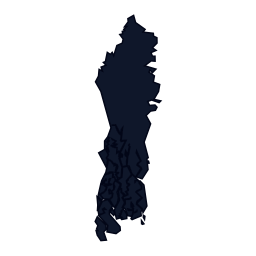 Bagerhat, Khulna, Bangladesh (Natural Earth projection)
{"feature_id": "16705992B77600989823530", "entity_name": "Bagerhat", "entity_type": "district", "adm_level": 2, "iso_a3": "BGD", "parent_name": "Bangladesh", "parent_adm1": "Khulna", "projection": "natural_earth1", "projection_center": [89.774, 22.348], "detail": "fine", "context": "isolated", "style": "filled", "palette": "ink", "viewbox_px": 256, "rotation_deg": 0, "n_neighbors": 0, "source": "geoboundaries", "source_scale": "gbopen_adm2", "svg_char_len": 6064}
<svg xmlns="http://www.w3.org/2000/svg" viewBox="0 0 256 256"><path d="M135.6,22.6L133.6,15.4L127.9,18.6L128.2,21.8L124.5,26.8L126.7,26.6L123.7,29.4L124.8,30.7L122.3,31.4L122.7,33.9L119.8,34.5L123.2,39.1L122.2,43.2L116.9,45.5L113.7,55.8L112.2,52.4L110.3,54.4L107.3,52.4L105.4,61.6L103.4,62.4L106.0,65.2L101.1,67.1L102.5,71.1L99.1,69.4L98.5,76.1L95.5,81.8L100.9,91.4L111.0,127.9L107.8,136.6L109.4,137.7L107.8,140.2L109.0,140.4L109.3,140.9L108.2,142.3L107.0,142.1L108.7,144.3L106.4,146.0L107.9,147.1L108.9,151.6L108.7,152.0L108.1,151.8L106.0,149.2L108.5,154.8L106.6,158.2L111.8,161.2L112.5,162.1L113.0,163.5L114.8,163.5L114.3,165.3L116.1,164.2L117.2,164.8L117.8,166.4L117.4,168.5L115.4,172.3L118.1,172.5L117.8,173.7L115.9,174.4L118.3,178.1L121.2,177.3L121.9,167.0L119.0,158.3L119.9,156.1L121.9,156.6L122.0,154.6L118.9,155.8L119.3,152.0L118.6,151.4L117.2,153.0L116.7,153.2L116.9,147.7L114.2,147.4L112.2,146.6L111.1,145.8L111.4,145.3L115.3,145.4L116.8,144.3L113.4,143.7L113.3,143.3L113.4,143.1L115.4,141.7L114.9,140.6L112.4,139.7L112.0,138.9L116.0,141.0L115.2,142.2L113.4,143.5L116.6,144.1L116.9,144.3L116.6,144.9L115.1,145.6L111.2,145.7L117.1,147.6L116.7,153.0L118.5,151.2L119.7,151.9L125.7,140.7L121.1,141.5L120.5,140.5L121.3,135.6L119.3,133.8L117.1,130.2L115.5,125.3L111.5,125.2L115.6,124.8L120.7,134.5L121.4,129.3L122.6,127.7L121.1,140.5L126.2,140.3L119.3,155.0L121.6,153.8L122.6,154.8L122.2,157.0L119.6,157.5L122.4,166.7L126.7,165.8L126.5,161.2L127.2,156.9L125.4,155.7L125.0,154.3L125.6,150.7L128.1,154.5L128.8,148.5L129.8,146.7L128.6,145.4L128.6,145.0L129.8,143.7L128.7,145.2L129.9,146.7L128.5,154.5L127.6,155.1L126.0,152.8L125.2,154.7L127.6,156.8L127.1,165.4L129.2,166.1L131.8,173.6L135.6,177.2L140.9,168.1L137.0,165.1L137.6,163.4L140.6,161.0L136.2,152.9L136.6,150.9L141.0,160.9L137.4,164.3L141.1,167.4L141.7,169.3L136.3,176.7L142.1,178.8L148.0,169.6L146.9,158.6L148.2,157.7L144.1,142.1L150.6,123.8L146.1,115.5L150.5,111.1L155.4,110.3L157.0,107.2L155.0,105.0L149.6,105.4L147.7,101.5L151.6,100.0L159.1,102.6L160.8,100.9L153.9,99.3L158.5,91.5L159.7,84.5L153.3,82.1L154.4,75.9L148.9,72.1L149.9,70.0L152.4,72.7L155.9,69.1L144.6,65.8L151.1,60.9L155.1,61.2L155.0,56.2L152.4,56.2L151.0,52.6L156.1,50.4L152.4,47.8L157.0,43.1L156.9,37.7L153.6,36.2L153.3,33.3L143.0,32.1L145.1,29.4L135.6,22.6ZM138.1,180.1L131.9,174.2L131.2,176.2L128.3,178.5L128.2,180.2L126.8,180.8L127.4,183.6L128.9,183.5L129.6,184.6L129.2,185.5L126.9,187.2L128.4,189.0L128.3,190.5L126.1,191.7L127.6,193.1L127.8,194.8L122.8,197.0L124.2,200.5L125.5,198.9L130.6,198.6L130.3,196.9L131.0,197.8L130.8,198.7L129.3,199.3L125.2,199.4L125.3,204.2L123.0,206.8L125.6,209.3L127.8,215.7L131.3,216.3L132.5,214.5L133.0,210.4L128.7,210.5L128.0,210.1L127.7,208.9L133.0,210.1L131.8,207.0L133.3,206.3L132.6,204.4L131.6,206.2L131.1,206.3L131.0,203.9L131.4,201.4L131.3,206.0L132.6,204.1L133.7,206.2L132.3,206.9L133.5,208.1L132.9,213.2L133.6,211.8L134.7,212.6L135.8,211.4L136.6,211.7L137.3,209.5L136.7,211.9L134.7,212.8L133.7,212.2L131.0,218.7L132.1,219.6L141.2,215.8L140.9,211.9L142.2,209.2L136.5,204.3L136.7,201.9L137.5,200.7L141.9,197.8L136.0,192.1L136.6,191.0L141.5,188.7L141.4,186.3L139.3,183.5L138.9,180.9L135.4,180.6L135.1,181.1L135.3,182.2L135.0,182.4L135.0,180.6L138.1,180.1ZM107.8,199.5L101.6,201.5L101.9,202.1L98.1,210.3L98.8,214.7L104.6,212.8L102.5,209.7L102.8,209.0L104.4,208.0L105.7,209.4L102.8,209.3L104.7,212.8L98.7,215.6L107.8,225.3L107.0,231.9L116.0,233.6L120.3,230.4L120.0,226.7L109.4,214.3L109.4,210.8L112.5,206.0L107.8,199.5ZM108.4,160.4L105.4,174.4L109.9,171.9L112.9,172.2L113.4,175.1L112.7,177.3L114.5,176.9L115.7,180.1L113.7,183.3L114.8,186.7L113.9,189.6L111.5,191.7L109.1,190.1L109.5,193.4L111.8,192.5L112.8,193.4L112.3,197.2L109.8,199.8L114.1,207.3L117.1,203.8L118.4,197.8L117.0,192.1L120.4,184.3L116.4,181.4L117.7,178.3L115.6,174.4L118.0,173.0L115.1,172.3L116.8,164.9L114.3,165.6L113.9,164.9L114.4,163.7L112.8,163.7L110.7,160.7L108.4,160.4ZM112.9,172.4L105.5,174.8L105.2,174.6L105.1,173.8L101.4,181.3L101.4,181.7L102.6,181.8L104.3,183.1L104.0,180.6L104.3,180.5L106.1,180.4L105.7,178.4L106.2,180.4L105.9,180.7L104.2,180.7L104.5,183.2L101.0,183.1L110.8,184.7L111.2,184.4L109.1,183.5L108.5,182.6L109.1,179.3L109.7,178.6L110.5,178.7L108.7,182.9L111.4,184.3L111.0,184.8L108.2,185.5L105.5,184.9L106.4,185.8L106.9,187.1L106.2,189.8L103.8,192.6L100.0,194.6L103.6,198.9L109.4,199.2L112.2,196.3L112.3,193.1L109.3,193.8L108.6,190.2L109.8,189.3L111.6,191.4L113.8,189.3L113.4,183.4L115.5,180.2L114.4,177.2L112.5,177.4L112.9,172.4ZM127.5,166.2L122.5,167.2L122.1,176.9L117.2,180.8L121.2,183.9L120.2,188.4L121.5,188.7L121.7,192.4L124.1,193.6L124.8,195.6L127.4,194.4L125.5,191.7L127.9,190.2L126.8,186.9L129.2,184.3L126.9,183.7L126.4,180.8L131.5,174.5L127.5,166.2ZM123.8,195.3L121.1,192.5L121.2,188.9L119.9,189.1L118.5,191.3L119.5,200.2L114.3,210.2L116.5,219.0L121.5,217.5L118.8,215.9L120.1,215.4L119.7,214.0L120.7,214.2L121.0,211.1L122.4,209.9L120.9,214.4L119.9,214.2L120.3,215.3L119.1,215.9L121.9,217.2L121.8,217.7L120.6,218.1L121.7,219.5L126.8,218.5L126.6,213.9L122.2,207.5L124.6,202.7L122.1,197.7L123.8,195.3ZM97.3,216.8L95.2,221.5L97.9,225.5L96.6,228.8L97.8,230.6L96.1,230.5L97.3,235.2L100.9,240.6L106.4,240.1L103.6,231.9L105.9,229.6L106.1,225.4L97.3,216.8ZM143.0,212.6L146.9,206.0L143.9,185.0L140.2,181.1L139.5,182.7L141.6,185.7L141.7,189.1L136.2,191.9L142.3,197.8L136.8,203.6L142.4,208.7L143.0,212.6ZM106.9,142.3L107.9,140.5L107.6,140.1L109.1,137.9L107.5,137.1L104.6,141.0L104.6,149.5L98.7,152.8L106.2,167.2L107.6,160.2L106.4,157.9L108.3,154.7L105.6,149.8L106.2,148.9L108.6,151.7L106.2,146.1L108.5,144.3L106.9,142.3ZM101.6,200.4L102.9,198.2L99.8,194.4L104.5,191.4L106.7,187.2L100.9,183.4L97.9,196.8L101.6,200.4ZM97.4,211.2L101.0,201.8L97.1,197.0L97.8,205.1L97.4,211.2ZM113.7,215.4L114.6,213.2L112.2,208.2L110.2,212.1L113.7,215.4ZM141.5,220.6L141.6,223.8L142.6,224.3L143.9,223.8L141.5,220.6ZM144.5,219.4L144.9,216.3L143.4,215.3L143.3,217.3L144.5,219.4ZM149.1,163.3L148.3,160.4L149.0,163.8L149.1,163.3ZM101.1,202.4L101.5,201.9L101.3,201.5L101.1,202.4Z" fill="#0f172a" stroke="#020617" stroke-width="1.5"/></svg>